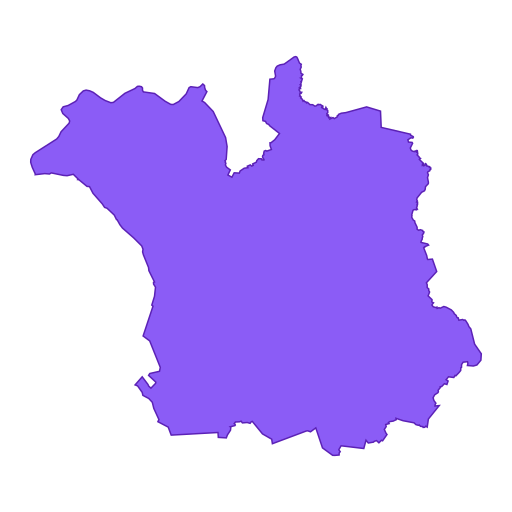 Līgatnes pag., Ligatnes, Latvia (Mercator projection)
{"feature_id": "27541924B81159973415171", "entity_name": "Līgatnes pag.", "entity_type": "district", "adm_level": 2, "iso_a3": "LVA", "parent_name": "Latvia", "parent_adm1": "Ligatnes", "projection": "mercator", "projection_center": [25.09, 57.19], "detail": "fine", "context": "isolated", "style": "filled", "palette": "violet", "viewbox_px": 512, "rotation_deg": 0, "n_neighbors": 0, "source": "geoboundaries", "source_scale": "gbopen_adm2", "svg_char_len": 6019}
<svg xmlns="http://www.w3.org/2000/svg" viewBox="0 0 512 512"><path d="M436.7,271.5L432.4,259.1L427.8,259.5L427.4,259.0L426.7,255.5L423.7,247.8L424.7,247.2L424.5,246.8L428.6,245.1L427.7,244.0L421.0,242.4L421.1,241.3L422.3,239.0L422.2,238.0L422.8,236.7L422.4,235.6L422.5,234.4L423.4,233.8L424.0,232.0L422.9,231.5L422.7,230.5L420.3,229.7L418.7,230.3L417.1,229.2L417.1,227.2L414.9,222.6L414.7,221.0L413.3,220.1L411.7,217.2L412.0,215.5L411.7,215.0L413.0,210.3L414.1,209.6L416.5,209.8L416.5,208.8L417.2,209.0L416.6,207.5L417.3,205.7L416.9,204.9L417.7,204.0L417.3,203.2L417.6,202.3L416.6,202.0L417.3,200.9L416.7,199.6L417.1,197.9L421.6,192.3L424.5,190.8L425.2,189.3L425.5,186.7L428.3,183.7L428.4,182.2L427.5,177.6L428.4,174.8L427.5,172.8L427.8,171.9L429.8,170.7L430.0,169.7L430.7,169.4L430.8,168.0L429.7,167.6L430.0,167.3L429.7,166.7L426.7,165.9L426.8,165.3L426.2,164.1L425.5,163.6L425.2,164.0L425.3,165.0L424.0,165.7L423.5,165.7L423.7,164.8L423.5,164.2L422.4,165.0L422.5,163.9L423.3,163.2L419.4,159.5L420.5,158.4L419.3,157.7L419.1,156.9L417.1,154.9L417.8,154.0L417.3,150.6L416.7,150.5L416.2,151.9L415.2,150.9L414.4,151.6L412.3,151.1L410.9,149.9L410.3,148.0L412.6,143.3L412.1,142.4L408.5,142.1L407.9,139.8L410.9,137.8L412.8,138.1L413.4,137.1L413.2,136.6L410.6,135.2L410.5,134.2L381.2,127.4L380.5,111.1L366.6,106.9L345.9,112.6L341.3,113.2L338.5,114.4L338.1,115.6L337.3,115.8L337.1,117.0L334.3,118.6L333.0,117.6L330.1,118.9L330.6,117.5L328.7,117.8L328.5,117.3L328.9,116.6L328.3,115.8L328.5,115.1L328.1,114.8L327.2,115.9L326.9,115.6L327.1,114.7L326.8,113.6L327.8,112.6L327.7,110.4L326.9,109.9L327.0,108.8L326.6,108.8L325.9,107.4L325.5,108.5L325.9,109.5L324.7,109.4L321.6,107.5L321.8,106.9L322.8,107.3L322.9,106.1L320.1,104.4L318.7,104.8L318.1,104.3L315.9,106.0L314.8,106.1L312.7,104.7L309.9,104.6L307.6,102.4L306.5,102.9L306.0,101.9L304.9,101.7L303.9,100.5L303.1,101.2L302.0,98.9L300.7,97.9L301.2,97.0L299.8,96.1L300.2,95.8L299.8,95.3L299.7,93.9L301.1,93.4L301.7,92.3L300.0,92.1L299.9,91.2L299.0,89.9L299.4,88.8L300.6,88.6L300.5,87.9L299.5,87.6L301.1,85.9L300.2,84.8L301.0,84.5L300.8,83.7L301.4,82.0L301.0,81.6L301.6,81.1L302.3,78.8L301.0,78.1L301.5,78.0L301.5,75.7L302.4,75.3L302.9,74.4L301.0,73.3L300.8,71.2L300.2,69.3L301.2,67.1L300.9,65.5L301.3,64.3L299.5,63.1L297.4,58.1L296.7,57.0L295.7,56.6L294.1,57.0L284.2,64.1L280.1,64.8L277.2,66.1L275.9,67.7L274.7,71.0L275.5,75.6L275.5,76.6L274.6,78.2L273.9,78.8L269.9,79.2L268.1,99.5L262.7,117.6L262.9,120.7L265.5,121.4L266.6,123.5L268.8,124.5L269.6,125.7L279.5,133.5L274.7,139.8L270.9,142.8L270.0,142.8L270.1,145.8L271.4,149.5L266.8,151.1L265.7,150.5L264.2,151.1L263.7,153.3L263.9,154.8L262.9,155.3L262.5,156.5L262.9,157.9L264.0,159.5L263.9,160.0L261.9,159.9L261.4,158.8L258.5,158.7L256.8,160.6L256.3,162.2L252.7,163.9L253.2,165.4L251.7,166.1L250.3,164.9L247.3,166.2L247.9,167.7L244.2,168.2L240.1,171.0L239.3,173.1L234.2,172.8L231.9,177.2L227.9,175.0L230.3,169.9L226.6,167.2L225.4,165.0L225.9,163.2L225.3,162.5L225.4,161.4L225.0,160.7L226.2,159.4L227.1,146.5L225.6,137.6L213.2,111.5L204.6,102.5L202.0,101.0L206.9,91.6L205.6,90.3L204.7,87.7L204.5,85.5L202.8,84.0L200.0,86.7L197.8,87.6L190.8,86.7L189.1,87.6L186.2,93.9L178.9,101.5L173.3,104.5L170.8,104.4L165.2,101.3L154.6,93.5L143.4,91.9L142.5,90.3L142.5,88.0L141.5,86.7L139.2,86.2L137.4,86.4L135.0,88.5L124.9,93.3L113.4,102.4L110.8,102.7L105.1,100.5L100.5,97.8L93.3,92.4L89.7,90.8L86.1,90.1L83.3,90.9L79.4,94.6L76.9,100.0L75.4,101.5L68.1,105.5L63.2,106.8L61.2,109.7L62.8,113.5L68.3,118.4L69.7,121.0L69.1,123.2L61.1,131.7L58.8,136.5L56.7,139.0L35.1,152.8L32.9,154.7L30.8,159.4L30.7,162.2L31.1,163.7L32.3,167.4L35.3,174.0L35.2,174.7L44.7,173.6L49.5,174.0L51.3,172.9L63.4,175.4L67.1,175.7L73.3,174.3L78.3,179.2L77.9,179.6L79.0,179.8L87.0,186.4L89.5,186.6L93.0,193.3L102.3,203.9L104.6,207.4L107.0,208.2L114.3,215.1L116.5,219.6L117.1,219.7L119.9,224.7L122.5,228.1L133.6,237.8L141.7,245.9L143.0,249.2L142.6,251.9L143.4,254.8L148.5,267.4L148.9,270.7L154.5,282.0L153.5,282.4L153.6,284.1L155.5,287.2L154.5,296.3L151.8,305.1L153.0,306.2L143.1,336.0L149.7,340.9L160.3,367.4L159.5,371.3L149.8,373.5L148.6,375.4L155.8,382.1L155.6,383.3L150.9,388.2L148.6,386.0L148.0,384.5L142.2,376.8L135.1,384.9L137.6,385.9L142.2,392.4L142.9,395.4L148.8,398.5L152.3,402.3L153.8,408.4L158.9,419.5L157.9,421.7L168.2,427.1L171.2,435.1L218.0,432.5L218.3,437.4L226.3,437.9L227.4,435.0L230.5,430.2L230.8,427.3L230.2,426.8L234.9,425.6L235.3,425.0L235.0,424.3L234.2,423.6L235.4,422.0L239.5,421.8L241.1,421.2L242.4,422.9L247.2,422.5L250.1,423.3L251.3,421.7L252.3,421.4L262.5,433.9L271.7,439.2L272.4,443.7L306.3,431.0L307.7,430.8L310.5,431.8L315.8,427.9L322.5,447.9L332.6,455.3L334.7,455.4L339.1,455.0L339.2,452.9L340.2,451.7L338.8,449.7L341.1,445.8L363.8,448.5L366.0,440.2L368.3,443.0L373.6,442.1L374.1,441.4L376.5,440.6L378.9,442.8L381.4,440.3L382.6,440.8L387.0,434.5L386.0,433.2L384.3,429.4L386.2,426.6L385.7,424.5L389.1,423.6L388.4,422.5L389.8,421.6L393.2,421.1L396.2,419.7L396.0,418.3L403.0,420.7L414.0,422.8L415.9,424.6L418.4,425.3L419.3,425.0L420.4,426.3L422.8,426.6L423.1,427.4L424.7,427.3L425.8,426.2L427.2,427.1L428.4,419.0L439.2,405.6L435.0,406.0L435.2,404.3L435.9,403.2L433.9,400.5L433.1,397.7L434.7,394.8L437.9,392.7L438.4,391.8L438.1,390.3L440.2,387.7L440.2,386.7L441.6,386.6L444.4,383.7L446.9,384.5L448.1,381.0L446.1,379.7L448.5,376.8L453.8,377.5L455.1,375.4L455.9,375.8L458.9,372.7L460.7,370.5L460.8,367.8L461.5,367.4L461.6,364.5L463.1,362.2L467.5,361.7L467.9,363.4L467.4,365.5L473.4,366.0L476.9,365.0L480.9,360.2L481.3,353.8L474.6,344.1L470.8,328.9L468.9,326.6L468.0,324.3L465.8,320.8L464.9,319.9L463.9,320.3L462.7,319.5L458.9,320.2L458.2,317.8L457.4,317.8L456.7,316.9L456.2,315.4L454.1,313.6L453.8,312.5L451.3,309.9L446.2,307.2L443.8,306.5L440.2,308.2L439.0,307.7L437.2,308.4L436.9,307.1L436.1,307.6L433.3,306.8L432.0,305.2L432.1,304.5L433.5,302.8L432.0,302.1L431.8,301.5L432.1,299.9L431.8,299.4L428.1,295.9L429.6,292.0L428.7,290.4L428.8,289.0L427.2,287.6L427.2,284.7L426.4,282.8L436.7,271.5Z" fill="#8b5cf6" stroke="#5b21b6" stroke-width="1.5"/></svg>